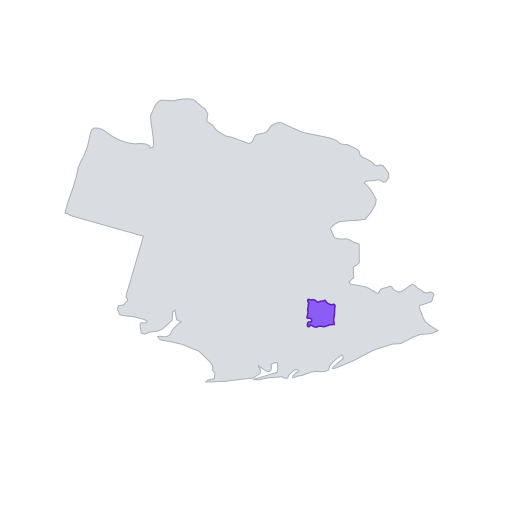 Mougalaba, Ngounié, Gabon shown in context, rotated 286°
{"feature_id": "22940354B67008732943825", "entity_name": "Mougalaba", "entity_type": "district", "adm_level": 2, "iso_a3": "GAB", "parent_name": "Gabon", "parent_adm1": "Ngounié", "projection": "equal_earth", "projection_center": [10.772, -2.045], "detail": "fine", "context": "in_parent", "style": "filled", "palette": "violet", "viewbox_px": 512, "rotation_deg": 286, "n_neighbors": 0, "source": "geoboundaries", "source_scale": "gbopen_adm2", "svg_char_len": 4950}
<svg xmlns="http://www.w3.org/2000/svg" viewBox="0 0 512 512"><g transform="rotate(286 256 256)"><path d="M335.5,69.2L335.2,73.6L331.6,84.4L329.8,92.7L329.4,101.5L330.4,108.6L332.2,113.7L333.3,119.2L332.4,123.1L330.7,124.7L331.9,126.7L334.6,127.1L339.2,125.4L346.2,122.5L355.5,118.2L361.6,115.9L371.6,117.4L376.9,119.0L379.7,122.0L382.7,134.7L384.1,136.6L386.6,142.0L388.6,148.5L389.0,151.8L388.8,154.2L386.8,157.7L384.5,162.8L383.7,165.9L381.7,168.3L379.3,170.5L372.6,171.5L371.6,172.8L369.7,178.3L366.2,183.0L364.6,187.4L363.1,193.2L363.4,200.5L362.7,211.0L362.0,218.0L363.8,220.5L371.8,222.2L373.3,223.6L375.4,228.0L378.2,232.1L385.5,234.7L388.4,237.9L390.7,241.3L391.0,244.2L389.3,255.5L387.7,266.4L388.3,274.7L388.9,282.6L389.8,294.2L389.4,301.2L387.3,305.5L387.3,308.9L388.3,313.0L386.4,324.2L385.2,326.1L381.9,328.2L380.2,331.2L379.7,335.9L377.9,342.4L376.1,344.8L376.1,347.8L377.8,350.0L377.8,353.4L374.5,357.4L372.5,360.5L368.2,362.0L363.2,360.4L362.0,358.2L363.2,354.7L362.8,351.9L361.1,349.0L358.4,341.4L356.0,339.8L354.7,342.9L350.6,348.7L343.5,356.0L338.4,356.6L329.2,354.3L321.4,350.8L317.7,342.2L315.4,335.1L312.1,326.8L308.4,322.9L304.4,320.4L302.6,320.2L296.9,324.8L295.2,326.6L295.3,330.5L295.8,334.1L296.7,335.9L297.4,338.2L297.3,341.8L296.2,346.6L295.9,351.9L278.1,357.1L275.0,355.2L272.7,352.8L270.0,353.2L262.3,356.0L259.4,354.1L256.6,352.7L255.3,353.8L255.2,356.1L256.5,368.6L256.1,373.3L254.4,379.5L253.5,383.8L258.2,384.9L259.9,386.9L261.6,390.0L263.8,393.0L264.0,394.7L261.4,398.0L260.5,402.0L261.7,405.2L265.0,408.4L269.7,411.8L272.0,414.1L271.7,416.1L269.6,420.5L268.7,424.1L267.2,427.5L267.5,430.5L269.6,433.4L269.4,435.9L268.0,437.8L265.0,437.4L262.6,437.7L260.3,436.9L253.4,427.1L251.9,426.8L241.8,434.4L239.3,437.5L237.2,442.0L234.4,451.7L229.8,446.0L225.9,435.7L221.3,429.3L211.6,419.1L209.0,411.5L197.9,394.9L181.9,378.2L170.4,363.7L168.7,360.5L170.6,360.9L181.7,368.1L183.3,367.3L184.5,365.7L179.7,361.9L175.1,359.0L170.8,357.1L166.5,357.3L164.1,354.2L162.5,349.6L161.7,345.6L159.8,341.4L153.7,332.9L152.2,329.5L148.9,325.0L150.9,324.4L157.5,328.7L158.1,327.0L157.5,324.5L150.9,320.4L147.3,320.1L146.5,317.2L147.0,313.9L142.3,301.4L137.4,292.0L136.6,287.6L149.8,308.0L151.6,308.3L153.9,308.1L159.4,305.8L158.3,303.1L155.9,300.2L153.5,301.6L150.4,301.8L148.7,300.6L148.0,298.5L151.1,288.6L149.8,289.1L148.8,290.9L147.1,291.7L144.4,292.3L137.9,287.0L132.2,272.7L130.7,269.8L129.1,264.8L127.6,262.7L121.0,242.4L123.6,243.9L126.6,249.8L132.4,248.6L134.7,245.2L136.7,245.3L138.7,244.5L141.3,241.3L148.8,227.3L150.7,208.9L150.1,197.9L149.0,187.1L151.5,183.6L152.5,185.9L152.9,189.8L154.1,192.6L156.8,195.2L161.7,195.9L169.4,199.9L172.1,202.5L172.9,197.3L181.7,193.0L179.0,191.4L171.2,193.1L160.4,186.6L156.9,182.5L153.5,174.6L150.1,170.5L150.3,166.8L158.0,163.4L160.1,163.8L160.9,167.8L163.0,169.5L163.8,168.9L164.1,165.5L164.1,156.2L161.8,142.8L162.5,140.3L164.6,139.4L166.5,137.6L167.8,137.3L170.4,137.6L171.8,140.7L172.5,142.4L175.1,143.2L177.3,144.8L179.1,144.4L180.7,142.4L183.0,142.0L190.0,142.1L196.4,142.1L209.1,142.2L221.8,142.2L234.5,142.3L244.0,142.3L244.0,134.7L243.9,122.9L243.9,109.0L243.8,95.7L243.8,83.4L243.7,68.8L244.2,64.6L244.8,62.9L244.6,60.5L254.5,60.3L272.2,61.4L280.0,61.3L282.2,61.5L291.9,60.7L299.8,61.7L303.1,62.7L306.1,63.2L315.6,63.8L327.9,63.0L332.0,63.2L334.4,65.2L335.5,69.2Z" fill="#d9dde1" stroke="#a8b0b8" stroke-width="1"/><path d="M231.0,343.7L230.5,343.4L230.2,342.8L230.0,341.8L229.9,340.7L229.9,339.4L230.1,338.6L230.4,337.8L230.7,337.1L230.9,336.5L231.2,336.0L231.6,335.7L231.9,335.4L232.2,335.0L232.5,334.6L231.4,333.1L230.9,332.3L230.6,331.4L230.5,330.6L230.2,330.1L229.9,329.9L229.0,328.8L228.7,328.2L228.9,327.6L229.2,326.7L229.5,325.7L229.8,324.7L229.8,323.4L229.5,322.1L229.1,321.2L228.7,320.3L228.7,319.7L228.9,319.2L228.9,318.5L228.6,318.0L228.1,317.9L227.2,318.0L226.6,318.3L226.0,318.8L225.4,319.6L224.9,319.8L224.4,319.6L223.8,319.6L223.4,319.8L222.8,320.1L221.6,320.1L220.4,320.2L218.5,320.5L217.5,320.8L216.9,321.3L215.7,321.7L214.6,321.7L212.4,321.8L210.8,321.9L210.5,322.3L210.4,322.8L210.5,323.4L210.6,324.1L210.9,324.5L211.1,324.9L211.1,325.4L210.9,325.9L210.5,326.6L209.9,327.1L209.3,327.4L208.7,327.3L208.2,327.0L207.8,326.6L207.4,325.7L207.1,324.9L206.9,324.5L205.9,324.2L204.5,324.2L203.4,324.5L202.8,324.9L202.4,325.3L202.8,326.6L203.1,327.0L203.5,327.0L203.8,326.8L204.2,326.7L204.6,327.3L204.7,328.0L204.6,329.0L204.3,329.6L204.1,330.5L204.0,331.5L204.0,332.3L204.1,333.2L204.3,333.9L204.9,334.6L205.3,335.0L205.6,335.5L206.0,336.3L206.2,337.2L206.4,338.2L206.5,339.0L206.6,340.2L206.8,341.0L207.3,341.8L207.8,342.7L209.5,344.9L210.2,345.7L210.4,346.6L210.6,347.3L211.0,347.9L211.4,348.6L211.5,349.2L211.7,350.0L212.9,349.7L213.8,349.3L214.8,348.6L216.2,348.2L218.4,347.9L220.8,347.6L222.6,347.3L223.9,346.9L225.5,346.5L227.3,346.1L228.4,346.0L229.9,345.7L230.5,345.4L231.0,344.7L231.0,343.7Z" fill="#8b5cf6" stroke="#5b21b6" stroke-width="1.5"/></g></svg>